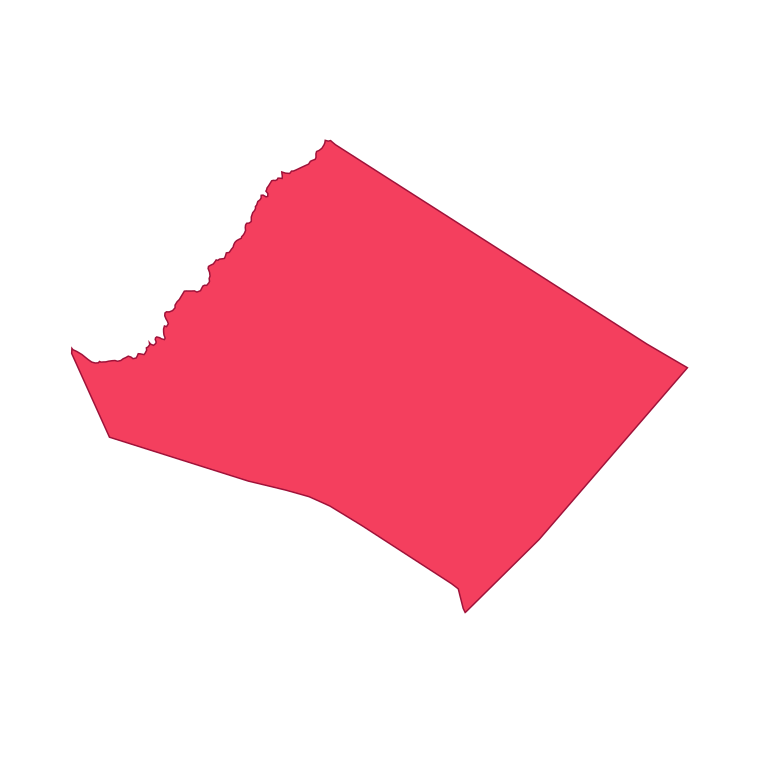 As Sunta, Southern Darfur, Sudan, rotated 142°
{"feature_id": "16777658B61826891911039", "entity_name": "As Sunta", "entity_type": "district", "adm_level": 2, "iso_a3": "SDN", "parent_name": "Sudan", "parent_adm1": "Southern Darfur", "projection": "robinson", "projection_center": [25.684, 10.668], "detail": "fine", "context": "isolated", "style": "filled", "palette": "rose", "viewbox_px": 768, "rotation_deg": 142, "n_neighbors": 0, "source": "geoboundaries", "source_scale": "gbopen_adm2", "svg_char_len": 2463}
<svg xmlns="http://www.w3.org/2000/svg" viewBox="0 0 768 768"><g transform="rotate(142 384 384)"><path d="M460.7,154.0L459.6,154.0L357.3,166.0L134.9,210.0L152.3,253.8L171.8,309.3L234.8,488.4L241.5,507.4L257.7,553.4L275.0,602.6L276.0,607.5L276.2,608.7L278.4,609.7L280.3,612.2L282.1,610.5L284.0,609.4L287.8,608.0L291.2,608.0L294.0,608.7L295.9,607.3L298.1,604.4L299.9,603.4L303.1,604.4L304.9,604.8L308.1,603.7L310.9,604.4L315.5,605.5L321.8,606.9L324.3,607.6L325.8,608.7L328.7,608.0L331.8,610.8L334.0,614.0L334.9,612.6L336.1,610.5L337.7,608.7L339.9,610.8L340.8,611.5L342.4,610.8L344.3,611.2L345.8,612.6L347.4,613.3L353.0,611.2L355.5,610.5L356.8,609.4L358.3,608.7L358.3,605.5L360.2,603.4L361.7,604.1L363.0,607.3L364.6,608.3L366.4,606.2L368.3,605.5L371.1,605.5L374.2,603.4L376.1,603.0L377.0,601.6L378.9,600.5L380.2,600.2L382.0,599.8L385.8,597.3L387.7,594.8L388.6,593.8L391.1,593.8L393.3,595.2L395.2,594.5L397.0,592.7L398.6,590.2L401.1,588.8L403.0,588.1L405.5,587.7L406.7,586.7L409.8,587.4L412.0,587.7L414.2,587.4L415.8,586.7L417.6,585.6L418.3,584.9L419.5,584.5L421.1,584.2L423.2,583.5L425.0,583.0L427.5,584.4L430.0,582.6L432.4,581.2L434.3,582.2L436.8,583.7L438.7,583.7L439.9,585.1L440.9,584.7L444.6,583.7L447.7,584.4L449.9,584.7L451.5,583.3L452.7,579.4L454.6,576.2L456.8,574.8L458.3,572.3L459.6,571.6L463.0,570.9L464.6,572.3L466.4,572.7L468.9,571.6L471.1,570.5L474.8,571.6L476.1,574.1L478.6,575.9L480.8,577.6L482.6,579.1L484.2,580.1L486.7,579.1L490.7,577.6L493.2,576.6L496.4,576.2L500.1,574.8L501.7,572.7L505.4,572.0L508.8,573.0L511.0,574.8L512.9,574.8L514.8,572.7L515.7,569.5L516.0,567.0L516.9,564.2L520.1,563.1L521.3,564.9L523.8,563.1L525.7,560.6L527.2,558.1L528.2,554.9L529.7,554.2L531.6,556.7L532.2,558.5L534.1,561.0L535.6,561.0L536.9,559.9L537.5,557.8L538.4,556.7L539.7,556.4L541.9,556.4L543.4,559.2L543.4,561.0L544.4,559.2L547.2,558.5L549.0,558.8L550.3,556.7L553.4,555.3L555.0,554.9L557.5,557.8L559.0,559.2L561.5,557.8L563.4,557.1L566.2,558.5L566.8,561.0L568.4,563.4L571.2,563.8L574.0,564.5L576.8,564.5L579.9,565.9L580.8,567.1L581.5,568.1L584.0,569.8L587.1,571.6L589.6,572.7L591.5,574.1L593.6,575.5L594.3,576.9L596.1,576.6L598.6,578.3L600.8,581.2L602.1,585.4L603.9,593.2L606.1,598.9L608.0,602.5L608.0,604.2L611.3,600.4L632.7,512.7L633.1,511.1L550.6,390.9L527.0,361.2L512.4,341.3L501.8,321.2L498.1,311.4L488.5,285.8L453.7,185.0L451.6,176.9L453.1,173.4L453.8,171.9L459.8,158.3L460.3,155.9L460.7,154.0Z" fill="#f43f5e" stroke="#9f1239" stroke-width="1.5"/></g></svg>